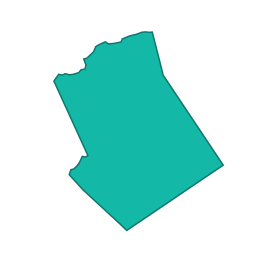 Santa Maria, Rio Grande do Norte, Brazil (Robinson projection), rotated 145°
{"feature_id": "56859067B38778950588818", "entity_name": "Santa Maria", "entity_type": "district", "adm_level": 2, "iso_a3": "BRA", "parent_name": "Brazil", "parent_adm1": "Rio Grande do Norte", "projection": "robinson", "projection_center": [-35.718, -5.794], "detail": "fine", "context": "isolated", "style": "filled", "palette": "teal", "viewbox_px": 256, "rotation_deg": 145, "n_neighbors": 0, "source": "geoboundaries", "source_scale": "gbopen_adm2", "svg_char_len": 735}
<svg xmlns="http://www.w3.org/2000/svg" viewBox="0 0 256 256"><g transform="rotate(145 128 128)"><path d="M71.3,42.9L68.9,151.1L65.0,161.2L53.1,192.7L55.9,194.3L58.3,196.5L61.5,198.4L67.9,200.1L73.8,202.5L81.6,204.2L84.4,202.5L87.4,203.8L90.7,205.2L95.7,208.0L97.2,211.6L104.0,212.9L107.8,213.1L112.6,210.1L118.2,209.3L121.7,208.8L124.7,209.9L126.3,203.7L129.4,201.0L133.1,202.6L136.6,201.6L142.3,203.5L145.2,205.0L148.3,208.5L151.6,209.1L153.9,211.7L157.5,210.5L161.8,208.9L174.8,138.4L176.7,128.3L179.7,128.7L181.7,131.0L185.7,128.6L188.2,127.3L191.7,126.2L195.8,125.5L198.7,126.6L202.9,123.5L200.4,103.4L189.6,54.0L189.0,50.8L187.8,44.8L104.7,43.5L91.3,43.3L71.3,42.9Z" fill="#14b8a6" stroke="#0f766e" stroke-width="1.5"/></g></svg>